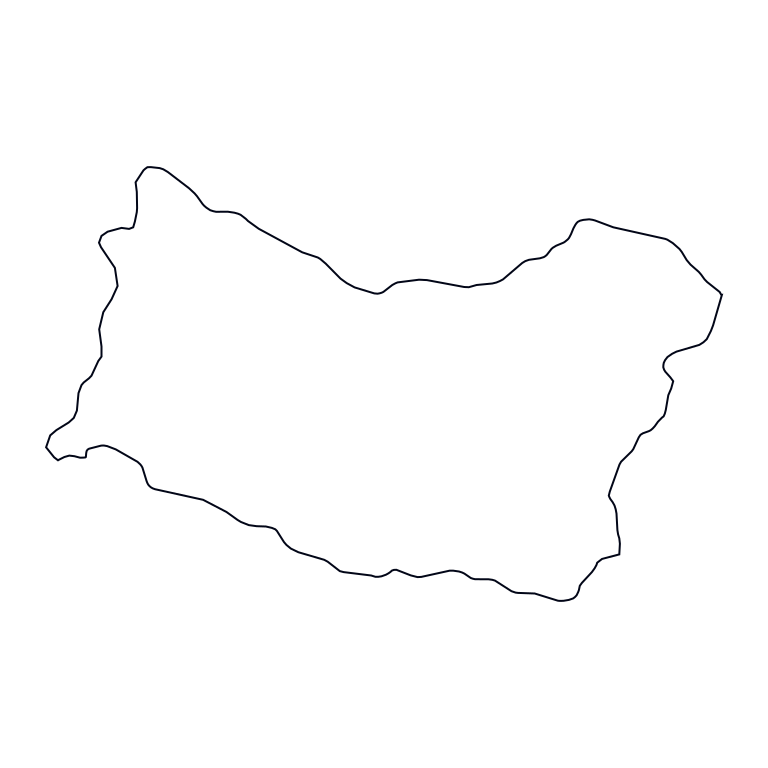 the Department of Salto
{"feature_id": "URY-10", "entity_name": "Salto", "entity_type": "Department", "adm_level": 1, "iso_a3": "URY", "parent_name": "Uruguay", "parent_adm1": "", "projection": "robinson", "projection_center": [-57.006, -31.312], "detail": "fine", "context": "isolated", "style": "outline", "palette": "ink", "viewbox_px": 768, "rotation_deg": 0, "n_neighbors": 0, "source": "natural_earth", "source_scale": "10m", "svg_char_len": 3206}
<svg xmlns="http://www.w3.org/2000/svg" viewBox="0 0 768 768"><path d="M129.1,228.9L133.2,227.3L134.9,221.5L136.8,212.1L137.1,208.1L136.8,191.9L135.6,182.3L143.5,170.3L145.2,168.8L147.4,167.2L150.7,167.1L159.7,168.1L163.3,169.3L167.8,172.0L189.1,188.3L194.6,193.4L197.0,196.2L202.5,203.9L204.1,205.7L206.3,207.6L210.2,210.2L213.3,211.2L216.1,211.8L227.7,211.7L234.4,212.7L238.0,213.7L240.6,214.8L246.0,219.0L248.0,221.0L258.8,228.8L302.2,252.3L317.8,257.5L320.3,259.0L325.2,263.2L325.4,263.3L340.5,278.6L346.7,283.1L354.6,287.4L374.3,293.4L377.6,293.7L379.7,293.3L381.7,292.7L383.4,291.9L392.3,285.0L395.4,283.3L397.6,282.4L419.1,279.7L427.0,280.1L464.2,287.0L468.8,287.2L476.6,285.0L492.3,283.5L496.4,282.5L500.0,281.0L503.0,279.4L522.2,263.0L525.3,261.1L529.0,259.8L539.9,258.3L543.8,257.1L545.4,256.1L546.8,254.9L551.5,248.9L552.9,247.7L556.2,245.7L563.6,242.6L565.0,241.7L567.9,239.3L569.1,237.8L571.0,234.2L573.4,228.4L575.3,224.9L576.4,223.3L577.7,221.9L580.0,220.7L583.3,219.9L589.2,219.3L592.5,219.8L595.1,220.5L613.3,227.3L665.3,238.9L667.4,239.7L672.8,243.1L679.5,249.0L681.8,252.0L686.7,260.1L690.5,264.6L698.8,271.9L701.2,274.7L704.5,279.3L707.1,282.0L719.3,291.7L719.6,291.9L721.4,295.0L721.9,294.9L713.1,325.3L710.9,331.0L706.8,339.1L703.4,342.3L699.3,344.9L676.5,351.6L672.1,353.8L667.5,357.0L665.1,360.1L663.8,362.8L663.4,365.0L663.3,367.3L664.1,369.7L665.3,371.7L670.3,377.3L673.2,381.2L671.2,388.5L668.3,395.2L665.8,409.9L664.8,413.7L663.6,416.4L662.1,417.5L658.0,421.7L654.8,426.2L652.7,428.5L650.7,430.2L649.0,431.1L642.9,433.3L640.5,434.8L638.8,437.3L633.3,449.1L631.7,451.3L621.1,461.7L619.5,464.5L609.8,491.6L608.8,495.6L609.5,497.4L610.4,499.1L612.6,502.1L614.5,505.5L615.7,509.3L616.5,513.6L617.4,530.1L618.1,534.4L619.3,538.4L619.9,543.7L619.3,554.4L602.1,558.9L597.2,562.7L596.5,564.9L594.7,568.2L591.9,572.1L581.9,582.9L579.8,585.8L578.9,590.1L578.2,592.0L576.6,595.3L575.0,597.0L573.2,598.4L568.9,599.9L563.5,600.8L560.0,600.9L557.9,600.7L534.7,593.5L517.9,592.9L515.6,592.6L511.5,591.2L495.0,580.6L492.3,579.8L488.7,579.3L475.0,579.2L472.8,578.7L470.8,578.0L464.4,573.6L462.1,572.5L459.0,571.5L453.4,570.7L449.5,570.7L421.3,576.9L417.5,577.1L410.8,575.4L396.4,569.8L393.9,569.9L391.9,570.6L390.5,571.9L388.5,573.3L386.0,574.7L381.5,576.3L378.3,576.8L375.4,576.8L371.2,575.5L343.6,572.1L339.8,571.1L327.7,561.7L324.2,559.8L298.3,552.2L290.9,548.6L286.5,545.0L284.0,542.1L276.9,530.9L275.3,529.3L271.9,527.9L265.9,526.5L256.7,526.2L248.8,525.1L241.0,522.0L237.5,519.9L226.5,512.0L203.1,499.8L155.0,489.2L152.6,488.3L150.9,487.3L149.5,486.1L148.2,484.6L147.3,482.9L146.6,481.1L142.4,467.5L141.4,465.8L140.3,464.4L137.5,461.8L115.8,449.4L107.2,446.1L103.8,445.5L101.2,445.6L89.1,448.7L87.6,449.6L86.6,451.1L86.2,453.1L85.9,456.8L85.8,457.1L85.4,457.4L83.7,457.6L80.1,457.7L74.4,456.2L69.3,455.6L64.4,457.0L59.0,459.7L58.0,460.3L54.1,457.3L46.1,447.3L50.2,435.4L56.4,430.1L68.7,422.5L73.8,417.9L76.9,410.6L78.5,393.1L81.5,385.1L83.7,382.5L89.1,378.2L91.5,375.7L98.3,361.0L101.5,356.6L101.5,346.5L99.2,329.3L103.3,312.2L111.6,299.2L117.6,286.0L114.9,267.9L101.0,247.2L99.0,242.7L101.5,235.9L107.6,231.7L121.5,227.9L129.1,228.9Z" fill="none" stroke="#020617" stroke-width="2"/></svg>